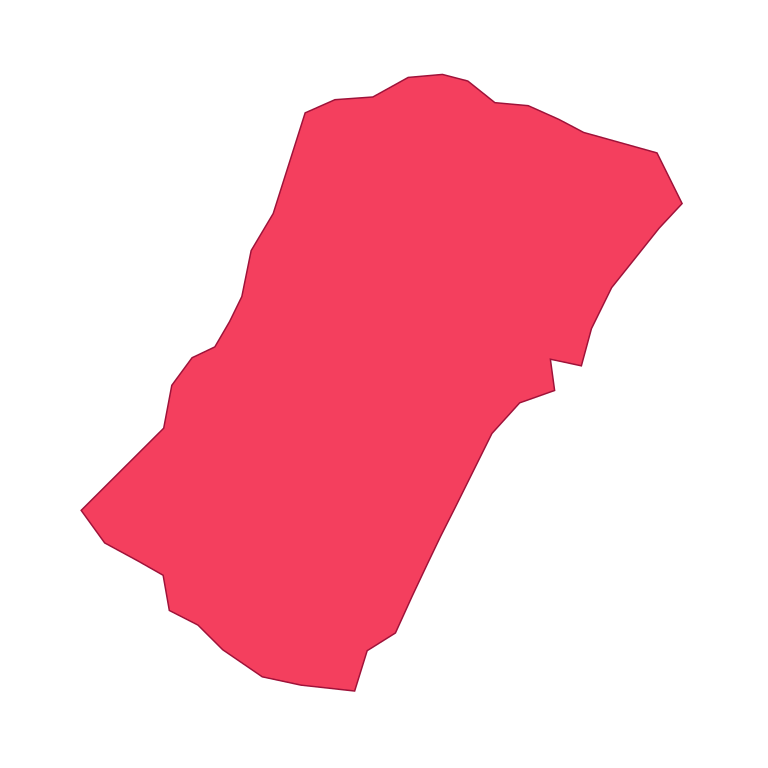 outline of Santa Luzia do Norte, Alagoas, Brazil, rotated 175°
{"feature_id": "56859067B36657836872761", "entity_name": "Santa Luzia do Norte", "entity_type": "district", "adm_level": 2, "iso_a3": "BRA", "parent_name": "Brazil", "parent_adm1": "Alagoas", "projection": "robinson", "projection_center": [-35.83, -9.61], "detail": "fine", "context": "isolated", "style": "filled", "palette": "rose", "viewbox_px": 768, "rotation_deg": 175, "n_neighbors": 0, "source": "geoboundaries", "source_scale": "gbopen_adm2", "svg_char_len": 730}
<svg xmlns="http://www.w3.org/2000/svg" viewBox="0 0 768 768"><g transform="rotate(175 384 384)"><path d="M696.7,284.5L676.1,250.0L644.3,229.0L620.7,212.7L617.6,177.1L590.4,160.1L567.8,133.3L530.8,102.9L492.8,91.2L440.0,80.7L424.0,119.8L394.3,135.0L374.2,170.6L356.8,200.4L340.9,227.3L323.9,254.7L301.8,290.9L280.8,325.3L250.5,353.4L214.6,362.7L216.1,394.2L185.8,384.9L172.5,421.1L148.8,460.2L123.7,486.5L96.5,515.1L71.3,537.8L91.9,590.4L163.2,617.2L186.8,632.4L216.1,648.7L249.0,654.6L274.1,678.5L298.8,687.3L333.2,687.3L370.1,670.9L408.1,671.5L438.9,661.0L479.5,563.5L504.7,528.5L518.0,483.5L532.4,459.6L549.3,435.7L572.9,426.9L595.5,401.2L607.3,359.2L696.7,284.5Z" fill="#f43f5e" stroke="#9f1239" stroke-width="1.5"/></g></svg>